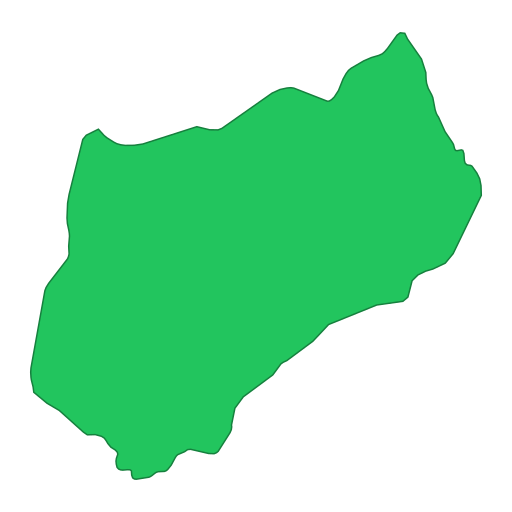 map outline of Logone Occidental (Equal Earth projection)
{"feature_id": "TCD-1484", "entity_name": "Logone Occidental", "entity_type": "Prefecture", "adm_level": 1, "iso_a3": "TCD", "parent_name": "Chad", "parent_adm1": "", "projection": "equal_earth", "projection_center": [15.903, 8.748], "detail": "fine", "context": "isolated", "style": "filled", "palette": "green", "viewbox_px": 512, "rotation_deg": 0, "n_neighbors": 0, "source": "natural_earth", "source_scale": "10m", "svg_char_len": 1970}
<svg xmlns="http://www.w3.org/2000/svg" viewBox="0 0 512 512"><path d="M400.2,32.8L404.8,33.3L407.5,39.0L421.5,59.1L425.8,72.5L426.1,79.5L426.6,83.3L428.2,88.3L431.7,94.9L432.8,97.6L435.1,109.7L436.3,113.4L437.4,115.5L438.5,117.1L445.0,131.6L452.4,142.5L453.5,144.5L454.6,148.8L455.5,150.4L457.0,150.7L461.4,149.9L462.8,150.4L463.9,153.6L464.4,160.5L465.1,163.1L466.9,164.8L468.8,165.2L470.6,165.4L472.0,166.2L476.9,173.1L479.7,178.9L481.0,185.6L481.3,195.4L453.1,253.7L445.3,263.1L432.9,269.0L425.5,271.2L418.0,274.9L412.1,280.7L407.9,297.1L402.9,301.3L376.7,305.0L328.6,324.5L312.9,341.2L286.8,360.6L283.3,362.2L280.9,363.9L272.8,374.9L243.3,396.8L234.9,408.2L231.5,425.0L231.7,426.9L231.3,429.7L230.0,432.7L218.2,451.3L216.5,452.7L214.1,453.7L208.7,453.5L190.6,449.3L187.6,449.6L184.6,451.7L177.6,454.7L176.3,456.0L175.2,457.7L171.2,465.1L167.6,469.6L166.2,470.7L164.5,471.4L158.2,471.7L156.3,472.3L154.8,473.3L151.9,475.6L150.5,476.5L149.0,477.2L136.3,479.2L134.4,479.0L132.7,477.9L131.7,475.1L131.4,470.8L130.1,469.8L127.4,469.7L122.8,470.1L120.7,469.9L118.7,469.1L117.1,467.4L116.3,464.2L116.0,461.1L116.4,458.3L117.8,454.2L117.3,452.2L115.3,450.0L110.9,447.2L107.9,443.6L106.2,440.7L104.3,438.1L101.5,436.3L95.3,434.6L87.3,434.8L83.4,432.1L59.2,410.4L47.1,403.3L33.8,392.3L33.1,386.9L31.4,380.0L31.0,377.4L30.7,372.2L31.0,367.9L44.9,290.7L46.1,287.5L48.7,283.3L67.5,258.9L68.4,256.8L69.1,254.0L68.7,246.2L69.5,236.1L69.3,233.2L68.9,230.6L67.4,223.5L67.0,218.0L67.6,203.1L69.1,194.4L82.8,139.4L86.3,135.2L98.4,129.2L104.0,135.4L106.9,137.8L113.7,142.1L116.8,143.7L120.8,144.8L125.2,145.4L134.1,145.3L142.9,144.0L196.8,126.7L209.7,129.8L218.1,129.9L221.9,128.4L272.1,93.1L280.0,89.5L287.0,88.0L290.8,87.7L293.8,88.1L327.3,101.2L329.2,101.1L331.6,99.6L334.3,97.0L338.5,90.5L343.1,79.0L346.1,73.6L348.5,70.4L351.2,68.2L363.7,60.9L371.3,57.6L378.8,55.4L382.3,53.8L384.6,51.8L387.4,48.6L397.1,35.1L400.2,32.8Z" fill="#22c55e" stroke="#15803d" stroke-width="1.5"/></svg>